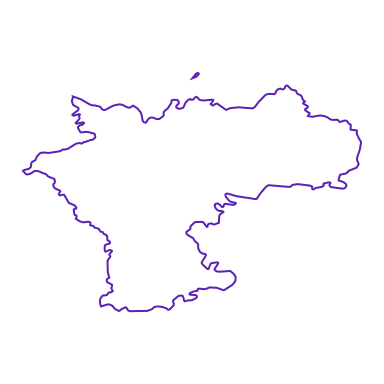 map outline of Ul'yanovsk (Natural Earth projection)
{"feature_id": "RUS-2395", "entity_name": "Ul'yanovsk", "entity_type": "Region", "adm_level": 1, "iso_a3": "RUS", "parent_name": "Russia", "parent_adm1": "", "projection": "natural_earth1", "projection_center": [47.861, 53.792], "detail": "fine", "context": "isolated", "style": "outline", "palette": "violet", "viewbox_px": 384, "rotation_deg": 0, "n_neighbors": 0, "source": "natural_earth", "source_scale": "10m", "svg_char_len": 5958}
<svg xmlns="http://www.w3.org/2000/svg" viewBox="0 0 384 384"><path d="M286.3,85.6L287.5,85.6L291.3,89.4L292.9,90.0L294.6,90.2L296.0,90.9L296.7,92.8L297.4,93.7L300.6,95.3L301.5,96.1L302.8,99.5L304.9,101.6L303.4,102.5L303.1,103.2L303.5,103.8L306.6,105.4L307.8,106.5L307.7,107.4L305.0,109.4L305.1,110.0L305.7,110.7L309.6,113.2L308.0,116.0L312.2,116.8L319.1,115.6L322.1,115.6L325.1,116.4L327.3,117.3L330.3,119.3L332.2,119.9L337.4,119.8L337.9,120.0L339.4,121.8L340.1,122.0L344.2,120.6L345.9,120.6L347.1,121.2L348.7,123.5L350.6,124.7L350.8,125.3L350.5,129.4L351.6,129.9L355.7,130.2L356.9,130.7L356.7,133.7L359.0,138.6L360.9,141.7L361.0,142.7L359.8,149.7L357.0,157.9L357.1,160.1L358.7,164.1L356.7,167.6L349.1,170.6L347.8,171.7L347.5,172.4L345.9,173.5L340.3,174.7L339.9,175.2L338.7,179.3L338.7,180.4L343.3,182.0L345.6,183.7L346.4,185.1L346.3,186.1L345.6,187.4L344.6,188.2L342.6,188.7L331.1,187.1L330.4,186.7L329.5,185.5L329.6,184.4L330.4,183.1L330.4,182.7L328.8,182.3L323.7,183.5L323.3,184.2L323.9,185.3L323.2,186.1L321.7,186.9L316.5,187.8L315.2,188.2L313.6,189.4L313.0,189.4L312.4,189.0L312.1,188.5L312.2,186.6L311.1,186.0L308.7,185.4L297.5,184.1L293.0,184.8L291.8,185.4L290.9,186.6L288.9,186.9L268.4,185.2L265.8,187.0L260.4,193.3L256.7,198.9L254.9,199.0L236.6,196.2L227.6,193.6L226.2,193.7L225.7,194.0L225.4,194.6L225.5,195.6L225.9,196.8L229.4,200.9L230.9,201.8L235.2,202.8L235.7,203.1L235.8,203.6L235.4,204.1L233.3,204.9L225.0,203.8L224.0,204.5L223.6,206.3L222.9,207.0L222.3,207.0L221.8,206.8L220.0,204.9L217.5,203.4L216.2,203.7L215.1,204.2L214.7,205.5L215.5,207.9L216.6,209.4L218.4,210.7L222.2,211.2L222.9,211.4L223.4,212.1L220.8,213.8L219.6,214.9L219.1,217.4L218.9,222.8L214.2,224.5L213.3,224.4L211.5,223.4L208.9,223.8L208.0,224.4L207.5,226.6L207.0,226.9L206.0,226.0L203.6,222.6L203.0,222.2L202.1,221.9L196.2,222.0L194.7,222.3L190.8,226.0L190.3,227.1L190.5,228.4L190.1,229.3L186.9,231.5L186.2,232.3L186.5,233.8L187.9,235.1L193.0,238.1L195.1,241.3L197.8,243.7L198.2,244.8L198.2,248.4L199.6,251.3L200.3,252.2L202.4,253.5L205.3,254.1L205.8,254.5L206.0,255.1L205.0,257.0L201.9,262.0L201.7,263.1L202.6,264.5L207.3,268.9L208.0,269.2L208.7,268.7L210.4,264.2L211.0,263.3L216.9,262.3L218.1,262.7L218.0,263.8L214.7,268.8L214.6,269.6L215.1,270.4L217.5,271.6L220.2,271.7L230.2,271.0L233.6,273.8L235.6,276.7L235.5,280.5L233.8,283.3L231.6,285.4L223.8,290.3L216.8,287.8L209.7,287.4L206.2,288.8L204.0,289.2L199.5,288.6L197.9,288.9L197.4,290.8L193.4,291.5L190.3,292.9L189.6,293.5L189.5,294.1L190.2,294.7L195.6,295.1L196.3,295.4L196.9,296.2L196.8,297.3L195.1,298.7L191.9,300.2L187.5,300.5L184.9,301.3L184.1,300.7L183.4,297.5L182.7,296.0L181.2,295.5L178.5,295.9L173.4,300.1L173.0,300.8L173.8,303.9L173.4,305.6L169.8,309.3L168.9,309.7L168.1,309.8L166.4,308.4L162.7,307.0L157.8,306.4L154.6,306.9L151.5,309.4L147.3,310.9L129.8,311.2L128.1,310.4L126.4,307.7L125.8,307.3L124.7,307.6L121.6,309.1L119.4,310.9L118.7,310.9L115.0,309.0L112.2,305.6L109.6,304.5L107.7,304.4L101.0,306.4L100.2,303.8L99.9,300.3L100.3,298.8L101.5,296.9L102.7,295.6L106.9,295.1L108.4,292.7L110.9,292.3L112.8,291.2L111.3,288.2L112.1,285.8L112.0,284.7L107.3,282.2L106.6,280.4L107.0,279.1L109.2,277.7L107.8,272.0L107.5,261.1L108.0,259.9L110.3,256.7L110.3,256.2L109.3,254.3L111.9,251.4L111.9,250.9L111.3,250.4L110.1,250.0L108.9,250.3L105.6,251.7L105.1,251.4L104.7,250.6L104.7,246.8L105.0,245.2L106.0,244.6L109.1,243.7L109.9,243.2L109.8,241.8L109.4,241.3L107.4,240.0L107.1,236.1L106.3,235.0L103.6,233.8L102.7,232.1L100.5,231.6L98.7,228.9L98.3,228.6L94.8,227.7L93.1,225.8L91.3,225.6L90.2,225.2L90.4,222.8L90.0,222.3L89.3,221.9L87.4,221.8L84.1,222.3L82.5,222.2L80.0,221.4L75.9,218.9L76.7,216.2L76.3,215.5L74.7,214.9L74.4,214.2L73.7,209.8L73.8,209.3L74.3,209.1L76.1,208.6L76.4,207.9L74.7,205.4L68.8,202.9L64.3,195.0L62.9,194.7L60.4,195.4L59.2,194.9L58.9,194.3L59.0,193.7L60.3,191.3L60.1,190.7L55.2,188.5L54.3,187.6L53.3,185.9L53.3,184.3L54.6,183.0L54.9,181.9L54.8,180.2L54.4,179.2L53.9,178.8L48.5,176.6L47.2,175.7L46.3,174.4L45.5,174.0L42.2,172.9L39.4,171.5L35.6,170.8L34.0,171.3L31.2,173.3L27.7,174.5L26.0,174.2L23.0,170.9L24.2,170.0L27.9,169.1L29.7,168.3L30.9,166.8L31.2,163.6L32.1,161.9L35.2,160.3L37.1,156.2L40.4,152.9L44.4,152.5L48.6,153.0L59.6,151.3L61.2,150.6L62.7,149.5L65.7,149.4L67.7,148.9L76.0,143.7L79.4,143.0L81.7,143.6L82.4,143.3L83.5,142.2L85.7,141.8L90.6,140.0L92.9,139.6L94.9,137.9L95.3,137.2L95.2,135.8L94.6,134.0L93.5,133.4L88.6,132.2L86.2,131.8L81.2,132.4L80.2,131.9L78.1,128.2L77.9,127.2L78.5,126.4L79.8,125.4L82.3,124.7L83.2,124.0L83.9,123.2L83.9,122.7L82.8,122.4L77.0,123.6L75.8,123.3L75.7,123.0L79.4,118.9L79.6,117.7L79.0,116.3L79.1,115.7L79.9,114.6L79.2,114.1L73.9,115.7L72.5,115.2L72.4,114.7L72.6,114.3L77.6,110.6L78.4,109.6L78.6,108.7L78.3,107.9L74.2,105.6L73.0,104.6L72.0,101.9L71.9,100.5L73.0,97.5L72.8,96.4L80.9,99.3L90.4,104.8L91.6,105.2L95.2,105.5L100.0,106.7L100.7,107.2L101.7,108.9L103.6,110.1L105.0,110.0L113.3,105.6L119.6,104.3L122.5,104.9L127.5,107.4L128.8,107.7L130.2,107.5L133.1,105.6L137.3,108.3L140.3,111.8L141.3,113.8L142.8,121.1L143.8,122.1L145.8,122.7L148.1,119.3L149.7,117.9L150.7,117.6L153.2,117.6L156.7,119.1L159.2,119.0L162.9,116.4L163.7,115.1L163.6,113.1L163.9,111.9L164.8,110.7L167.5,108.6L168.1,107.8L170.8,103.7L171.3,102.7L171.7,100.4L172.3,100.0L176.2,99.8L177.6,100.2L178.3,101.0L178.9,102.4L178.7,103.6L176.7,105.4L176.1,106.8L176.5,107.6L178.2,108.8L180.3,108.6L182.7,107.9L183.4,107.4L185.6,102.5L188.4,99.7L190.1,99.1L191.2,99.8L193.1,99.6L195.3,97.3L196.3,96.8L197.6,97.6L199.3,99.6L200.4,100.1L203.3,100.5L212.1,99.7L213.2,99.9L212.9,101.2L210.7,104.0L212.5,105.5L213.6,105.3L215.3,104.0L217.2,103.6L226.1,109.9L230.4,108.1L238.6,107.3L252.7,108.4L254.9,106.9L258.6,102.0L265.4,95.0L266.7,94.4L268.8,93.9L274.5,94.1L275.6,93.3L275.6,92.1L276.6,90.5L278.2,89.2L280.2,88.6L282.0,89.3L283.3,89.3L284.6,88.4L285.2,86.6L286.3,85.6ZM197.7,72.8L198.6,73.4L198.7,74.3L196.0,76.9L192.4,78.2L196.2,73.6L197.7,72.8Z" fill="none" stroke="#5b21b6" stroke-width="2"/></svg>